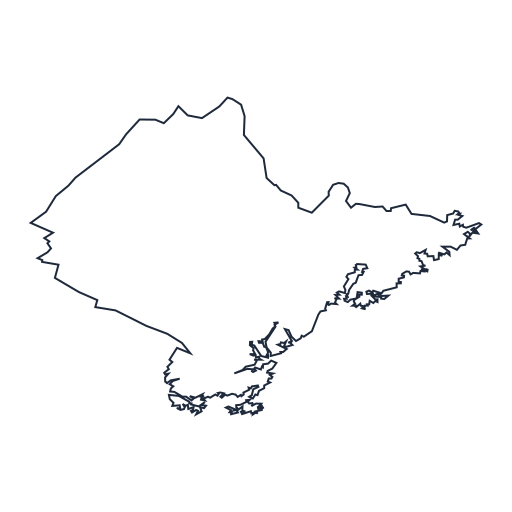 outline of Grimstad nor, Aust-Agder, Norway
{"feature_id": "86288312B29149661311008", "entity_name": "Grimstad nor", "entity_type": "district", "adm_level": 2, "iso_a3": "NOR", "parent_name": "Norway", "parent_adm1": "Aust-Agder", "projection": "equal_earth", "projection_center": [8.556, 58.369], "detail": "fine", "context": "isolated", "style": "outline", "palette": "slate", "viewbox_px": 512, "rotation_deg": 0, "n_neighbors": 0, "source": "geoboundaries", "source_scale": "gbopen_adm2", "svg_char_len": 6108}
<svg xmlns="http://www.w3.org/2000/svg" viewBox="0 0 512 512"><path d="M169.5,359.7L172.3,362.0L167.4,366.8L168.8,369.2L164.2,372.8L165.2,374.4L168.4,373.7L165.1,377.4L165.2,381.6L167.0,382.5L166.4,383.7L170.6,380.4L179.7,378.7L172.8,381.0L169.7,384.2L173.3,386.3L170.9,388.4L170.1,391.5L174.4,391.9L182.5,396.7L186.1,396.7L191.5,400.4L193.5,398.7L189.8,396.1L195.4,397.7L202.6,394.2L201.2,396.4L204.1,396.1L201.8,397.1L201.0,399.7L204.9,400.4L203.4,398.7L208.0,396.7L210.1,397.7L215.3,394.5L217.4,395.7L218.7,394.0L217.9,393.0L220.5,392.5L223.7,393.3L220.4,396.7L221.8,397.7L225.2,394.6L227.3,395.6L232.0,393.8L235.6,394.6L237.7,396.9L240.8,394.9L241.4,396.2L243.7,394.5L243.4,392.6L249.1,389.8L248.6,387.6L250.8,388.4L251.9,386.4L257.9,385.5L258.4,386.9L253.3,389.2L251.8,395.2L249.2,396.8L252.8,398.5L255.4,394.5L257.5,395.1L259.0,390.8L264.2,388.2L264.2,385.5L270.1,382.5L267.8,381.5L268.8,378.5L271.4,378.5L272.4,376.9L269.8,374.9L272.9,373.5L267.1,372.6L267.7,370.9L272.3,368.6L276.4,362.9L271.2,360.6L268.1,363.6L263.1,364.3L262.9,367.3L261.9,366.6L260.9,369.5L255.1,367.5L254.1,368.7L255.9,370.6L253.1,372.0L252.0,371.3L253.0,369.3L247.3,368.9L234.3,373.4L242.6,370.0L245.7,366.7L254.6,364.7L257.1,360.0L254.0,359.7L261.0,359.7L259.2,358.7L259.2,356.7L256.0,357.4L255.5,354.9L253.4,355.6L249.7,354.1L255.2,354.1L253.1,350.4L253.6,348.1L249.9,345.2L250.1,341.9L252.2,341.8L251.7,344.8L254.3,345.5L261.2,356.0L268.0,357.7L268.0,355.3L266.4,355.7L268.2,352.4L265.8,346.7L264.3,346.8L262.7,342.8L259.0,342.8L258.5,341.2L262.6,341.5L262.1,339.5L264.7,339.1L269.3,334.3L272.7,328.5L275.1,326.6L274.5,324.5L275.2,323.8L274.5,322.8L278.4,322.4L274.7,324.8L275.5,326.6L265.5,341.8L266.6,347.4L270.8,352.7L270.6,356.0L281.0,353.3L280.5,352.0L283.1,352.0L286.7,349.0L277.8,344.7L280.4,344.0L280.9,342.4L284.0,343.0L286.1,341.4L284.1,346.0L286.2,346.8L292.4,345.0L290.6,343.3L291.3,342.0L288.2,342.7L291.8,341.0L284.9,329.1L288.6,330.1L291.5,336.7L296.0,341.0L300.7,338.3L301.7,335.7L303.8,336.7L311.9,331.2L318.4,314.5L320.5,311.4L325.9,310.3L325.2,308.5L327.1,302.2L328.5,302.1L327.8,304.3L328.9,305.0L331.0,303.6L336.6,304.1L335.0,302.5L336.5,299.2L334.5,298.2L339.1,298.6L335.4,294.9L339.4,294.7L336.9,292.6L339.1,291.4L344.9,293.0L345.4,290.0L343.9,286.4L348.4,279.1L346.4,276.8L348.0,274.2L354.8,272.3L354.8,269.6L357.4,269.6L354.7,267.6L356.3,267.3L355.8,265.0L357.3,264.3L356.3,264.0L365.7,264.6L367.3,268.2L363.1,268.9L362.1,271.9L363.6,271.9L362.1,274.9L358.5,275.2L355.7,282.8L353.3,283.8L349.2,289.8L348.2,293.8L346.7,294.1L347.7,296.8L346.1,296.4L346.7,298.8L344.1,298.8L344.6,300.7L347.8,302.1L350.3,299.7L356.6,298.4L357.6,292.1L361.8,292.7L361.8,294.7L358.9,294.7L359.4,296.7L354.6,299.6L353.8,301.5L355.1,303.7L352.5,305.7L355.6,305.7L355.3,306.4L356.2,307.1L360.3,303.7L360.8,305.7L364.0,306.3L361.9,308.3L365.6,309.3L364.0,308.6L365.0,306.0L364.0,305.6L367.6,305.6L367.1,304.3L369.2,304.3L369.7,300.8L373.3,303.0L375.4,301.0L377.5,302.0L377.5,299.3L375.4,299.6L372.2,296.3L381.1,297.0L381.1,298.6L384.2,299.0L388.4,295.6L381.1,296.0L380.0,294.3L378.5,295.0L378.5,293.3L373.8,295.5L371.7,294.4L373.8,293.4L367.0,294.0L366.4,291.7L369.0,290.6L372.2,292.4L373.2,290.7L381.6,293.3L383.3,290.8L396.7,287.3L396.6,283.4L400.8,283.3L400.8,282.0L398.7,282.0L398.7,278.7L403.9,277.4L404.1,275.7L401.8,275.4L402.3,273.8L406.4,271.4L409.0,271.7L410.6,274.4L413.2,272.9L420.0,273.4L420.5,271.0L424.2,271.4L423.6,270.0L427.3,271.4L427.6,269.7L426.2,269.2L421.0,269.7L423.8,268.6L420.5,266.4L425.4,265.7L423.1,265.1L421.5,261.1L419.4,260.8L419.4,258.8L417.5,258.2L418.0,256.2L415.2,253.5L416.7,252.3L419.9,253.1L425.6,249.9L424.5,253.5L427.2,253.8L427.7,256.3L433.4,256.1L434.0,260.1L438.7,259.1L438.8,254.9L442.3,255.8L438.3,252.5L444.4,254.4L446.5,252.5L449.6,255.1L449.3,251.8L442.5,246.7L450.7,246.7L456.9,249.8L460.5,245.5L465.2,244.8L467.2,238.5L469.7,238.4L464.0,234.1L467.8,231.8L470.1,233.8L469.3,236.6L474.0,230.6L475.5,231.9L474.0,232.9L478.2,233.5L475.1,229.1L470.7,230.1L474.1,227.8L475.6,229.0L481.3,224.5L479.0,223.1L466.3,227.7L463.2,226.7L462.9,224.8L459.8,226.5L459.3,223.7L453.5,225.0L455.1,219.7L457.7,219.7L462.3,216.0L458.6,214.9L459.7,213.8L457.9,214.0L459.2,212.9L458.3,211.5L454.7,210.8L453.2,213.5L447.2,215.1L447.0,221.4L444.2,222.6L430.0,216.0L411.5,213.9L405.7,204.6L391.1,208.2L390.7,211.0L386.5,211.0L382.6,206.5L374.9,207.0L359.7,204.1L355.9,203.8L351.0,207.7L346.0,201.0L349.8,193.1L347.9,187.5L343.7,183.7L338.5,183.0L333.1,184.8L328.6,191.8L328.8,195.6L311.8,212.7L298.3,207.7L298.3,202.8L291.6,195.5L280.8,190.5L276.1,184.9L274.4,185.2L266.6,178.0L263.6,158.4L243.9,135.0L244.6,116.2L241.1,104.7L232.4,99.1L227.5,97.6L219.4,106.4L202.0,118.1L187.7,115.4L178.4,106.2L173.3,114.0L163.8,123.2L155.4,119.7L139.6,119.5L126.1,134.3L119.2,144.2L75.5,177.6L68.5,185.6L55.8,196.1L46.1,211.7L30.7,222.9L53.0,232.7L44.3,238.1L49.3,241.4L47.4,243.2L51.0,248.4L47.5,252.3L37.6,258.2L42.3,260.1L42.1,261.9L58.5,264.7L54.9,277.9L79.0,292.1L97.3,300.1L95.3,307.1L115.5,310.4L146.4,325.9L167.3,333.8L181.9,342.9L190.3,353.3L177.0,347.9L169.5,359.7ZM189.3,401.8L178.8,395.9L168.9,394.9L169.8,399.2L173.5,402.8L172.3,405.9L179.7,405.3L180.2,408.6L176.8,408.0L180.5,409.9L183.9,409.1L184.8,407.2L182.7,404.0L185.6,405.8L187.8,404.8L188.3,409.0L193.6,407.1L193.0,409.9L191.0,410.9L192.0,412.5L196.1,410.0L198.0,410.8L196.2,414.3L201.6,411.3L200.0,407.1L204.0,408.2L206.0,405.7L201.3,405.0L205.0,402.0L198.8,406.4L190.9,404.4L191.4,403.4L189.3,403.1L189.3,401.8ZM249.7,399.8L246.1,400.2L246.6,401.8L240.4,404.8L236.2,405.2L236.3,407.5L237.8,408.2L236.3,408.2L237.9,408.8L237.9,409.8L233.7,410.5L234.7,409.2L228.4,406.5L225.9,407.6L231.1,410.2L229.6,412.2L232.7,412.2L231.1,412.5L231.1,414.2L237.9,412.5L236.8,410.8L242.5,406.5L242.3,410.8L245.4,411.4L241.0,411.8L242.1,414.1L250.9,411.2L251.4,413.4L253.5,412.7L253.0,414.4L255.6,412.7L257.7,413.4L255.6,411.4L261.8,410.0L261.8,408.4L263.9,407.4L258.2,408.7L257.9,407.1L262.6,405.7L259.7,405.4L261.2,403.7L256.0,403.6L251.4,406.1L252.9,404.4L252.4,403.1L249.2,403.5L247.7,401.8L249.7,399.8Z" fill="none" stroke="#1e293b" stroke-width="2"/></svg>